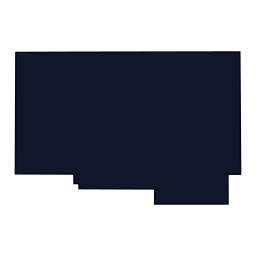 the district of Lincoln, Idaho, United States of America
{"feature_id": "52423323B80872944248588", "entity_name": "Lincoln", "entity_type": "district", "adm_level": 2, "iso_a3": "USA", "parent_name": "United States of America", "parent_adm1": "Idaho", "projection": "orthographic", "projection_center": [-114.171, 42.982], "detail": "fine", "context": "isolated", "style": "filled", "palette": "ink", "viewbox_px": 256, "rotation_deg": 0, "n_neighbors": 0, "source": "geoboundaries", "source_scale": "gbopen_adm2", "svg_char_len": 300}
<svg xmlns="http://www.w3.org/2000/svg" viewBox="0 0 256 256"><path d="M15.9,52.5L15.4,173.8L74.0,174.0L74.0,183.5L79.0,183.6L79.0,188.6L154.7,188.9L154.7,204.0L185.0,204.0L228.0,204.0L227.9,174.2L240.6,174.2L239.8,52.0L71.8,52.3L15.9,52.5Z" fill="#0f172a" stroke="#020617" stroke-width="1.5"/></svg>